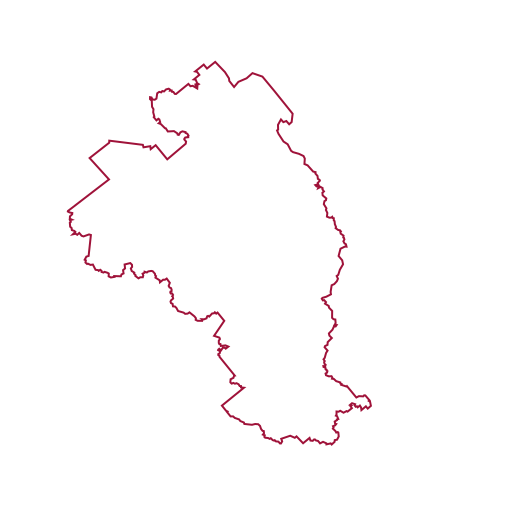 Tablelands, Queensland, Australia (orthographic projection), rotated 135°
{"feature_id": "25037944B5935933559707", "entity_name": "Tablelands", "entity_type": "district", "adm_level": 2, "iso_a3": "AUS", "parent_name": "Australia", "parent_adm1": "Queensland", "projection": "orthographic", "projection_center": [145.481, -17.834], "detail": "fine", "context": "isolated", "style": "outline", "palette": "rose", "viewbox_px": 512, "rotation_deg": 135, "n_neighbors": 0, "source": "geoboundaries", "source_scale": "gbopen_adm2", "svg_char_len": 6097}
<svg xmlns="http://www.w3.org/2000/svg" viewBox="0 0 512 512"><g transform="rotate(135 256 256)"><path d="M335.8,69.2L331.9,69.0L330.5,70.1L328.6,68.8L325.1,69.9L322.6,73.0L322.7,73.7L324.1,74.4L323.6,76.1L323.7,79.6L322.4,79.9L321.9,81.2L319.8,80.3L318.1,80.5L318.6,81.5L317.4,83.3L314.8,82.7L314.4,83.2L313.1,82.5L311.9,85.5L312.4,86.6L311.1,87.0L309.0,89.1L307.7,87.5L305.9,87.0L304.9,83.3L301.6,82.3L301.3,81.2L295.8,80.6L295.4,82.9L294.3,82.8L294.9,84.2L292.2,84.0L290.7,81.1L291.9,80.6L292.1,78.9L290.9,78.4L291.1,77.1L288.3,76.8L288.8,74.6L290.4,72.5L284.6,72.0L284.9,69.1L280.7,68.8L278.4,72.3L278.7,73.7L277.8,73.6L277.3,80.1L278.0,81.0L279.4,80.9L282.3,84.1L285.1,85.0L283.7,99.7L284.3,99.7L286.8,104.6L286.0,104.9L286.5,106.2L285.8,107.0L287.8,110.8L287.9,114.0L289.0,115.5L288.0,116.0L287.6,117.6L289.6,119.4L290.8,122.2L289.9,123.7L288.2,123.3L286.9,124.1L287.1,125.1L286.5,125.7L286.9,126.7L285.8,128.1L286.7,129.8L286.2,130.5L285.0,129.2L283.7,129.8L283.8,131.3L282.9,132.8L281.7,133.1L281.3,135.2L279.4,135.4L275.0,137.9L272.3,138.5L272.0,143.0L270.8,143.5L268.3,142.6L266.2,144.4L260.4,144.4L260.4,147.8L259.2,149.7L254.1,149.8L250.9,151.0L249.5,149.9L247.9,150.2L249.2,151.7L247.2,152.2L244.8,155.0L245.9,156.5L245.9,158.5L241.0,163.3L240.9,167.8L239.9,169.3L240.9,173.5L239.1,173.9L239.0,176.6L240.1,177.3L239.7,179.3L238.6,179.4L235.1,177.5L230.1,175.9L228.7,177.8L223.2,181.8L220.5,180.8L216.6,181.0L214.1,182.0L213.1,184.8L211.2,184.5L206.4,187.0L200.3,188.6L198.1,192.0L197.6,197.6L191.1,201.4L186.5,199.8L185.4,198.6L184.1,200.7L184.5,202.3L183.8,204.6L181.8,205.2L181.0,206.6L181.2,207.4L179.7,208.5L180.3,211.9L179.3,213.5L178.6,213.4L178.4,214.7L179.5,216.3L180.0,219.4L178.9,219.9L177.7,222.8L175.8,225.1L175.8,226.2L174.3,227.7L174.9,228.6L174.4,229.8L175.6,229.9L177.0,231.2L178.0,233.7L175.1,236.0L174.0,239.1L172.5,239.9L171.4,244.7L168.8,246.4L167.1,246.0L165.6,247.0L166.0,251.7L164.3,253.8L162.3,253.6L161.9,256.1L160.9,256.9L161.5,259.2L164.1,260.0L162.2,260.9L164.0,262.4L163.9,264.2L161.3,262.7L160.8,264.0L157.6,264.1L157.2,264.9L157.7,266.8L155.9,269.1L155.7,272.3L154.6,273.2L155.9,275.3L155.4,283.6L156.7,286.8L152.6,290.4L151.7,293.1L153.4,297.9L156.4,303.3L156.8,305.6L154.6,312.6L155.6,317.5L153.7,326.5L152.3,329.9L151.0,329.7L147.7,333.2L141.8,334.9L142.0,331.3L139.1,330.0L139.4,325.7L136.1,325.5L129.5,330.7L126.3,360.0L124.6,378.3L129.2,387.8L137.0,388.3L145.3,391.6L152.0,391.0L151.1,398.7L149.5,400.7L147.9,408.0L147.6,422.1L158.1,423.2L157.6,428.3L168.5,429.5L167.5,427.9L168.0,424.1L175.1,424.8L174.0,423.3L175.4,419.8L175.0,418.0L175.9,418.2L176.4,419.6L177.5,420.2L178.1,419.2L177.7,417.2L179.1,416.0L180.4,421.1L182.3,422.4L182.1,425.5L198.0,427.1L198.8,428.1L198.4,430.4L199.3,431.6L198.6,432.6L200.0,433.8L199.1,434.3L199.4,436.0L201.8,437.4L204.7,437.4L205.6,438.9L207.3,438.7L208.4,440.5L210.8,440.9L215.1,437.7L217.1,438.1L218.5,439.9L217.8,442.0L218.6,443.2L220.0,441.9L219.9,439.5L224.0,435.0L224.7,432.3L227.1,430.3L229.2,426.6L230.1,426.5L230.5,422.3L228.0,422.1L227.8,420.9L229.1,418.4L230.9,418.6L230.0,416.6L230.0,410.7L229.5,410.1L230.3,406.4L225.7,402.3L224.9,398.3L225.6,397.2L225.0,396.2L222.0,396.9L219.9,396.2L218.2,393.4L218.8,392.8L218.1,391.0L218.6,388.9L219.7,388.8L219.3,388.5L219.9,387.9L222.2,389.8L223.7,389.6L224.3,389.1L224.5,386.4L226.3,385.1L250.4,387.1L248.6,405.3L254.9,406.0L253.1,408.4L258.7,412.4L257.4,414.6L278.2,441.3L279.7,439.9L304.4,442.9L305.8,414.1L357.1,420.8L357.6,420.5L357.0,418.6L355.5,416.3L356.5,415.5L359.5,415.6L361.3,414.0L360.5,411.9L362.2,412.9L362.8,411.1L364.1,411.2L366.7,408.1L366.6,406.2L367.9,404.5L366.7,402.2L366.7,400.8L370.1,400.8L367.8,399.3L367.4,397.4L364.7,397.3L365.0,393.6L364.1,391.8L358.8,389.3L357.9,387.6L374.3,374.4L376.4,375.5L379.8,374.5L379.4,373.2L381.2,372.0L381.1,369.8L380.3,369.5L379.3,366.7L377.4,365.3L379.2,359.7L377.6,357.6L377.7,356.7L375.9,356.4L375.7,354.8L376.5,353.9L375.5,352.1L374.3,351.9L372.8,349.0L372.5,347.7L374.6,345.8L373.8,343.4L370.8,341.3L370.4,342.0L370.0,341.6L365.9,337.2L364.1,338.1L362.0,337.3L360.0,340.0L357.4,339.8L354.9,342.9L349.9,339.9L349.9,337.5L351.3,335.9L353.3,335.7L354.5,333.3L353.8,330.3L354.7,329.8L354.7,327.6L355.4,327.2L354.9,323.3L352.9,322.8L351.1,321.0L349.5,321.9L348.7,323.7L346.8,323.0L345.9,323.7L344.8,321.5L343.1,321.3L340.6,319.5L339.8,318.3L340.0,314.9L341.0,313.5L340.9,312.5L342.4,311.8L341.3,306.9L342.5,305.3L338.4,304.9L337.2,303.6L335.1,303.2L335.9,298.0L338.9,296.6L339.4,294.9L338.8,293.3L339.6,291.7L340.7,290.8L341.7,291.3L342.5,290.7L342.8,289.7L341.8,288.7L342.2,287.1L343.7,286.8L343.6,286.1L344.7,284.5L347.5,284.7L348.7,284.2L349.4,282.8L348.8,281.2L350.3,279.1L349.0,277.5L349.0,275.6L350.0,272.2L347.2,267.1L347.0,265.2L345.1,263.6L342.9,263.2L342.2,256.8L342.5,254.5L343.8,253.5L343.1,251.5L339.9,248.2L339.0,248.6L339.0,249.6L337.4,247.9L335.1,246.9L333.1,247.9L332.2,247.5L331.9,246.2L327.7,246.4L326.2,245.2L324.9,245.3L324.9,243.4L323.2,243.2L324.3,232.6L342.1,229.2L339.6,224.2L340.2,222.8L342.2,222.4L343.8,220.8L344.2,219.7L343.4,218.9L344.5,217.3L340.8,214.4L339.6,211.5L342.9,211.9L342.9,213.1L344.3,214.6L347.4,214.0L347.6,216.4L349.1,216.3L349.6,217.1L348.7,214.0L350.4,212.9L352.0,213.3L352.7,212.6L352.4,211.3L353.1,210.4L355.6,186.4L356.3,186.8L358.1,185.8L361.1,186.8L363.4,184.9L363.5,183.8L363.4,182.9L361.8,182.3L361.2,180.6L359.7,179.8L359.0,177.6L359.5,175.6L358.6,174.6L359.5,173.7L357.7,171.4L385.9,174.3L386.6,167.8L386.1,166.2L386.8,166.2L387.4,160.6L385.6,158.8L385.5,156.5L383.5,152.4L383.8,150.4L382.3,146.8L383.0,145.5L378.2,139.5L375.4,137.8L373.4,135.5L373.3,133.0L374.7,130.2L375.0,127.7L374.3,126.7L375.7,125.0L377.4,124.8L376.6,123.0L378.0,122.2L378.0,121.0L376.2,118.8L375.6,117.0L374.4,116.7L374.4,114.0L373.7,112.6L373.0,112.5L373.0,110.8L371.4,108.9L371.6,106.5L370.9,105.8L368.6,106.4L367.4,108.9L358.9,104.7L357.1,100.0L354.9,99.8L355.1,90.3L346.8,89.5L348.0,87.0L346.6,85.2L344.6,85.2L344.0,84.5L344.1,83.3L342.9,81.3L343.2,78.2L340.0,77.2L338.7,73.8L339.4,73.0L335.7,70.7L335.8,69.2Z" fill="none" stroke="#9f1239" stroke-width="2"/></g></svg>